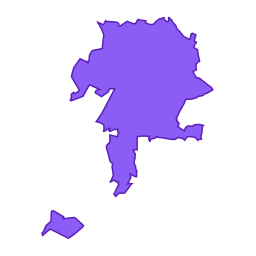 San Cristóbal de las Casas, Chiapas, Mexico (Robinson projection), rotated 91°
{"feature_id": "50627088B72406563366189", "entity_name": "San Cristóbal de las Casas", "entity_type": "district", "adm_level": 2, "iso_a3": "MEX", "parent_name": "Mexico", "parent_adm1": "Chiapas", "projection": "robinson", "projection_center": [-92.57, 16.664], "detail": "fine", "context": "isolated", "style": "filled", "palette": "violet", "viewbox_px": 256, "rotation_deg": 91, "n_neighbors": 0, "source": "geoboundaries", "source_scale": "gbopen_adm2", "svg_char_len": 5583}
<svg xmlns="http://www.w3.org/2000/svg" viewBox="0 0 256 256"><g transform="rotate(91 128 128)"><path d="M138.9,58.1L138.5,58.1L137.8,54.3L135.8,55.0L131.1,54.0L128.0,53.9L124.4,53.3L124.1,52.8L123.6,54.2L123.6,55.2L123.2,57.1L123.5,61.4L124.2,62.2L125.2,64.4L124.9,66.2L124.7,66.7L125.0,68.3L125.9,69.7L126.2,70.2L127.2,70.6L129.2,71.7L129.9,71.7L125.9,78.1L125.7,78.1L125.3,78.0L125.4,77.5L124.8,77.4L124.4,77.7L124.1,77.7L123.4,77.7L122.7,77.3L122.6,77.0L122.2,77.3L121.8,77.9L121.7,77.9L121.1,78.3L120.9,78.3L120.6,78.5L120.7,79.2L120.0,79.5L119.3,79.6L119.0,79.2L118.9,79.3L118.9,79.7L118.1,79.9L112.0,77.3L110.8,76.9L109.5,76.0L108.3,75.5L107.5,74.8L106.9,74.7L104.6,73.4L102.2,72.2L98.7,70.9L98.2,69.2L98.1,67.8L98.0,64.8L97.3,62.7L96.6,60.2L95.9,59.2L95.0,57.7L94.8,56.8L94.7,55.5L94.3,54.3L93.6,53.0L92.5,52.0L92.4,51.4L92.2,50.6L91.5,48.9L91.3,48.7L88.9,44.7L88.3,43.9L87.8,44.1L85.7,45.6L84.7,47.3L78.2,55.8L78.0,56.7L77.1,57.0L76.2,60.8L72.7,62.9L72.5,63.1L70.1,63.8L68.6,60.6L67.5,60.7L66.1,61.1L64.3,60.9L63.9,60.9L63.2,61.4L62.8,61.3L62.1,60.3L60.8,59.0L60.2,58.0L60.0,57.6L59.4,57.8L58.4,57.9L55.3,58.7L53.8,59.2L48.5,59.8L46.7,63.1L46.2,63.7L44.9,63.0L43.8,63.0L41.3,61.1L40.9,61.4L40.4,62.8L40.1,63.2L39.1,63.0L38.0,63.0L34.3,61.7L33.3,62.0L33.3,63.1L32.9,64.0L32.6,64.3L32.2,64.9L32.3,65.6L32.8,65.9L33.0,66.6L33.8,66.6L34.8,67.0L36.8,67.2L37.4,67.5L38.5,67.9L37.4,70.0L37.4,70.5L36.9,71.1L36.8,71.6L36.1,72.8L35.3,74.2L33.6,75.4L33.5,75.6L32.7,76.1L31.7,77.2L31.2,77.4L29.2,79.5L28.5,80.3L27.2,81.2L25.3,81.8L24.9,82.1L23.6,83.0L23.2,83.5L22.1,84.4L21.8,85.0L20.8,85.4L20.2,85.8L19.3,86.1L18.9,86.7L18.4,87.2L18.2,87.7L17.7,88.0L17.1,88.5L16.8,88.9L16.8,89.1L16.9,89.3L17.1,89.4L17.5,89.4L18.2,89.2L19.3,89.1L20.4,89.3L20.8,89.9L20.8,90.8L20.7,91.2L20.5,91.5L20.0,92.5L19.8,92.8L18.7,93.2L17.9,93.9L17.3,93.8L17.1,93.9L17.0,94.3L17.2,94.8L17.5,95.1L17.8,95.5L17.8,95.8L17.7,96.3L18.1,96.7L18.4,97.0L18.3,98.0L18.5,98.8L18.8,99.3L19.4,99.6L19.9,100.1L20.1,100.6L20.4,101.5L21.5,102.2L22.0,102.8L23.0,103.4L23.1,103.6L23.4,103.9L23.6,104.4L23.9,104.8L24.1,105.6L24.2,106.6L24.0,107.0L23.9,107.9L24.1,108.1L24.1,108.7L23.9,109.1L23.5,109.8L23.4,110.1L23.2,110.4L23.1,111.2L22.9,111.8L22.6,112.1L22.2,112.4L21.7,112.5L21.5,112.4L20.6,111.9L20.1,115.2L20.1,115.8L20.2,116.3L20.2,116.7L19.5,118.4L19.4,119.4L19.4,120.1L23.6,122.3L23.3,125.8L21.3,130.7L26.2,137.6L26.0,138.5L25.6,139.0L24.6,139.0L23.5,139.2L22.3,141.4L21.7,151.9L21.2,152.3L25.2,154.4L22.8,160.0L24.2,159.3L24.1,159.0L26.1,158.2L28.1,156.9L33.0,154.7L35.1,153.8L48.1,155.1L49.0,154.9L51.2,165.0L54.9,167.3L56.2,167.8L61.4,168.2L62.7,168.9L63.6,169.3L62.1,170.4L62.6,170.6L59.6,177.1L68.7,183.3L77.5,185.5L91.1,177.3L91.2,177.5L91.6,177.6L91.9,177.8L92.2,178.4L92.3,178.5L92.9,178.7L92.9,179.0L93.1,179.5L93.6,180.2L93.9,180.5L94.4,181.2L93.4,182.9L94.1,184.0L94.9,185.0L95.1,185.2L95.8,185.3L97.5,185.1L98.3,185.1L99.5,185.5L100.2,185.5L100.6,185.7L101.0,186.2L101.8,185.3L97.1,173.6L85.4,167.3L90.0,157.1L90.4,158.8L91.3,160.7L93.3,161.4L97.1,155.1L92.2,148.2L89.1,147.2L89.0,141.9L113.6,154.3L122.2,159.9L123.3,155.3L125.2,152.4L125.9,152.2L129.1,151.9L131.6,152.4L131.7,152.1L131.5,151.6L131.2,150.6L130.9,150.1L130.2,149.6L129.5,148.5L129.3,147.8L128.7,147.2L128.6,146.9L128.7,146.5L129.1,146.2L129.4,146.0L129.8,146.0L130.5,146.9L130.8,147.0L131.0,146.9L131.2,146.6L131.3,146.7L131.5,146.3L131.6,145.8L131.6,145.5L131.4,145.0L131.0,144.6L130.6,143.5L130.2,142.9L130.0,142.5L129.5,141.8L129.6,140.8L129.8,140.0L129.8,139.6L129.3,138.5L129.5,138.2L132.1,138.2L132.8,137.6L132.9,137.3L135.5,138.2L136.9,138.3L135.4,146.2L140.4,145.8L142.8,146.1L143.5,146.6L144.3,147.7L145.5,148.9L147.3,149.3L150.4,148.6L152.1,147.9L161.7,145.3L161.9,145.2L163.7,143.0L165.9,142.9L167.0,143.3L171.7,142.4L173.6,142.2L174.8,141.7L179.0,143.2L182.2,144.7L182.1,144.0L181.0,142.8L180.7,141.9L180.6,140.6L181.8,139.3L181.9,139.1L182.0,138.6L181.7,137.6L182.0,136.8L182.4,137.1L182.8,137.2L183.5,137.0L184.2,136.4L184.5,136.3L194.6,140.9L194.9,140.2L195.7,139.7L196.3,139.6L196.5,139.0L196.2,138.6L195.9,138.5L195.8,138.4L195.6,138.0L195.0,137.5L194.6,137.1L193.9,136.6L193.7,136.2L193.5,135.6L193.3,134.9L193.2,130.3L188.3,126.6L184.5,124.1L183.9,123.5L183.7,123.2L183.4,125.8L183.3,126.4L183.4,126.8L183.8,127.4L177.1,124.2L176.5,124.7L175.5,124.6L175.2,124.8L174.8,124.9L174.6,125.0L173.8,125.1L176.4,120.2L176.6,119.6L176.6,118.6L172.1,118.6L171.8,118.5L171.3,118.6L171.1,118.3L169.2,119.3L167.4,119.7L166.9,119.6L165.6,120.0L164.3,120.8L162.8,121.2L161.0,121.0L160.5,121.1L159.2,120.9L158.5,120.4L157.1,120.6L156.9,120.8L156.6,120.5L156.3,120.4L155.3,120.3L154.7,120.4L154.3,120.2L153.6,120.4L151.9,121.3L149.7,122.4L149.6,118.5L136.6,118.7L136.4,117.9L136.5,117.3L136.2,116.5L135.9,115.1L135.9,113.6L135.8,112.0L135.9,107.5L135.8,106.4L136.3,106.6L138.4,107.2L140.7,106.2L140.9,105.9L140.8,105.6L140.7,105.5L140.3,105.6L139.3,105.4L138.7,105.1L138.5,104.4L138.5,104.0L138.1,102.8L137.9,101.1L137.0,100.2L136.4,99.7L136.0,99.1L136.7,98.9L137.2,93.1L137.9,89.1L138.0,88.0L138.7,83.5L138.6,80.9L137.1,78.4L136.9,77.7L136.8,76.2L137.3,74.2L137.6,73.1L138.6,71.7L139.3,70.9L138.5,70.5L137.5,70.3L137.4,69.9L136.4,68.9L135.7,68.1L135.6,67.6L135.6,65.2L135.8,64.0L135.9,62.5L136.1,61.5L136.6,60.5L137.3,59.5L137.9,59.2L138.9,58.1ZM218.4,179.8L219.8,191.1L218.0,190.7L212.1,201.0L212.5,203.1L222.6,203.4L227.0,208.3L232.8,210.6L234.7,212.1L236.9,211.5L235.7,210.2L230.4,204.0L239.2,185.8L238.6,184.7L235.5,180.3L228.1,171.9L226.3,170.8L224.8,172.4L218.4,179.8Z" fill="#8b5cf6" stroke="#5b21b6" stroke-width="1.5"/></g></svg>